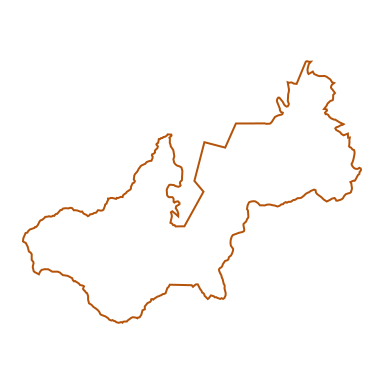 Vale do Anari, Rondônia, Brazil
{"feature_id": "56859067B14375252511303", "entity_name": "Vale do Anari", "entity_type": "district", "adm_level": 2, "iso_a3": "BRA", "parent_name": "Brazil", "parent_adm1": "Rondônia", "projection": "albers", "projection_center": [-61.937, -9.691], "detail": "fine", "context": "isolated", "style": "outline", "palette": "amber", "viewbox_px": 384, "rotation_deg": 0, "n_neighbors": 0, "source": "geoboundaries", "source_scale": "gbopen_adm2", "svg_char_len": 5999}
<svg xmlns="http://www.w3.org/2000/svg" viewBox="0 0 384 384"><path d="M326.7,201.5L330.4,199.7L331.7,198.7L334.6,198.0L335.5,199.1L336.3,200.7L337.5,200.7L341.2,199.5L342.2,198.9L343.1,198.0L344.1,196.1L345.8,194.2L348.4,193.3L349.6,193.1L350.9,192.2L352.0,188.7L351.3,183.6L350.4,182.1L353.4,180.7L354.7,180.8L355.6,179.5L357.9,175.1L359.4,173.9L359.6,171.9L360.5,171.0L361.0,169.9L360.7,168.5L359.3,167.8L358.3,168.6L357.2,168.9L355.6,168.8L354.1,168.1L352.6,166.5L351.7,164.8L351.7,163.5L352.4,162.6L353.5,159.1L354.6,153.5L354.5,151.7L354.1,150.1L352.5,149.5L350.9,147.5L349.8,147.2L349.1,146.4L349.5,142.0L349.3,140.8L349.8,137.5L348.1,137.7L347.9,133.6L343.6,135.3L341.6,134.1L340.0,132.1L336.1,129.9L335.3,128.3L336.4,127.2L338.0,126.8L340.9,125.2L342.7,124.8L343.6,124.2L339.5,122.3L335.2,119.6L334.0,119.6L331.0,118.3L329.2,116.6L328.2,114.9L326.7,114.1L325.6,114.2L325.0,112.7L327.0,110.6L326.7,109.4L324.0,109.0L326.5,105.9L327.6,103.5L330.4,100.9L332.7,100.2L333.1,98.6L333.2,94.9L335.0,93.0L332.4,89.5L331.5,88.6L331.0,87.6L331.1,86.4L332.0,84.6L334.1,83.0L332.0,82.2L330.4,79.5L326.7,76.8L324.6,76.0L319.3,76.1L317.9,75.7L314.1,74.0L312.8,71.6L308.6,74.0L307.8,72.6L307.5,69.9L307.8,67.8L308.8,64.1L310.9,61.7L309.2,61.8L306.9,61.2L305.8,61.7L296.6,83.9L293.5,83.5L292.3,82.7L291.2,82.4L289.1,82.8L287.7,82.3L289.0,89.6L288.8,91.7L288.2,94.2L287.8,101.0L288.8,103.6L288.7,104.8L287.8,106.3L286.6,106.6L285.4,105.9L284.1,104.5L282.8,101.9L279.4,97.7L278.3,97.6L277.3,98.9L276.9,100.6L277.1,101.8L279.8,108.5L280.0,110.4L281.1,112.1L282.8,112.7L282.4,114.1L281.5,114.6L278.2,115.4L274.9,117.0L271.9,121.8L270.4,123.4L269.4,123.7L266.5,123.8L264.6,123.4L235.9,123.5L225.2,147.6L204.4,142.2L194.4,180.9L203.5,191.7L184.4,226.3L175.5,226.4L174.6,225.1L173.1,225.1L172.1,223.6L170.4,222.8L171.9,216.4L171.7,214.7L170.9,212.3L172.3,211.3L175.9,214.2L178.2,216.3L178.3,213.6L177.3,210.6L175.7,208.2L176.2,206.2L178.6,204.9L179.5,204.1L179.5,202.9L177.9,201.3L175.6,201.8L174.4,202.6L173.6,201.8L173.6,199.1L173.2,198.0L172.2,197.1L169.0,197.2L167.8,196.3L167.1,195.1L166.7,190.0L167.5,187.8L169.2,185.0L170.3,184.7L174.0,185.1L175.3,186.0L178.3,186.8L179.9,186.2L180.6,185.4L179.9,183.2L180.3,181.7L181.9,180.3L182.4,171.0L181.4,167.4L179.4,166.3L177.1,165.6L175.5,164.4L174.2,162.7L173.4,159.3L174.3,156.4L173.6,151.7L173.2,150.0L170.8,146.4L170.4,144.4L169.8,142.8L169.9,138.9L169.4,137.8L171.5,135.7L171.3,134.6L167.6,134.4L166.9,135.5L165.3,136.7L163.4,137.0L162.5,138.0L161.0,138.1L160.1,139.0L158.8,139.1L158.4,141.9L157.8,143.2L156.7,143.7L156.4,144.6L157.9,146.4L157.3,148.3L155.9,149.5L154.9,150.7L155.0,152.5L153.8,153.6L152.1,154.4L151.9,155.6L152.7,156.6L152.5,158.2L151.4,160.8L149.9,160.9L147.0,161.9L146.0,162.7L145.4,163.7L141.7,165.4L140.5,166.2L139.7,167.7L138.9,168.4L137.4,171.4L135.1,174.0L134.3,175.5L133.8,179.5L134.9,181.1L134.3,182.5L132.6,183.3L130.9,187.0L131.0,188.3L130.5,189.4L126.9,191.8L125.8,193.3L124.5,194.0L123.0,195.4L122.6,197.1L120.7,196.9L117.9,198.1L116.7,197.9L116.1,198.9L112.1,197.9L110.7,198.0L109.5,198.5L108.0,198.6L108.1,199.8L107.7,200.9L106.9,202.1L106.7,203.5L105.2,204.5L104.9,206.1L103.4,209.8L102.2,210.5L100.6,210.6L98.0,210.2L96.2,212.6L93.8,213.1L92.9,213.8L91.6,214.2L90.1,214.3L89.2,215.5L87.9,216.2L86.5,214.9L84.1,213.9L83.2,213.1L82.1,211.5L80.8,211.8L77.4,210.5L75.1,210.2L73.9,210.3L72.0,208.1L70.2,207.8L68.5,208.4L65.6,208.2L62.9,208.6L61.7,210.0L60.4,210.1L57.2,213.8L56.1,213.9L54.9,214.9L54.2,215.9L53.0,215.7L51.7,216.5L50.0,216.6L49.0,216.2L48.0,216.6L45.2,216.9L44.4,218.0L42.0,219.9L40.5,220.4L39.6,221.4L37.8,225.1L36.2,226.9L35.1,227.0L34.5,227.9L29.9,229.5L28.1,231.2L27.4,232.6L25.6,233.0L23.3,238.3L23.0,241.4L24.4,242.3L25.7,242.8L27.7,246.7L28.9,251.5L30.6,252.6L31.7,254.2L31.7,259.9L33.2,261.7L33.6,263.1L32.7,266.9L33.7,271.2L34.6,272.0L38.9,274.3L40.0,271.8L41.6,269.9L44.6,269.2L48.3,269.3L52.3,271.7L57.8,271.7L59.8,272.5L62.8,275.1L67.6,275.8L72.2,278.2L72.9,280.2L74.1,281.4L75.0,281.0L78.9,283.5L80.0,285.0L82.8,285.6L84.0,286.3L83.0,288.9L84.0,290.3L85.0,291.1L86.0,292.6L87.1,293.2L88.1,296.1L88.1,299.6L89.0,303.3L91.5,304.8L93.4,306.9L96.5,309.0L98.2,310.5L99.4,312.1L100.4,314.3L101.7,315.0L105.6,316.5L108.2,318.3L108.9,319.3L109.9,320.0L111.5,320.5L112.5,320.1L113.9,320.9L115.3,321.3L116.4,322.2L117.7,322.6L118.7,322.8L121.1,322.1L122.5,322.7L123.1,321.8L124.4,321.5L126.8,321.5L127.5,320.6L131.3,317.8L132.9,317.2L135.9,317.6L137.5,318.3L138.2,317.5L139.6,317.3L141.3,314.8L142.5,310.3L144.8,309.3L144.8,306.4L147.6,303.0L150.0,302.0L151.1,300.6L151.2,299.3L152.2,299.0L153.4,299.6L154.2,298.7L157.5,296.6L159.2,296.1L160.4,295.4L161.4,295.2L162.5,294.2L164.3,293.9L165.6,293.2L167.3,288.1L168.4,287.2L169.8,284.7L191.7,285.2L193.0,286.8L194.9,285.1L196.2,284.3L197.8,284.4L200.2,289.2L201.4,290.6L202.1,292.5L203.3,293.1L204.2,294.2L204.6,295.8L207.8,299.0L208.8,298.2L210.9,295.4L213.7,296.2L214.8,297.3L216.2,297.2L217.4,297.9L220.3,298.9L221.6,298.2L223.1,298.9L224.4,298.0L225.6,295.4L225.7,293.1L224.5,288.4L224.7,286.2L224.4,284.8L223.7,283.8L222.6,279.0L222.0,278.0L221.2,275.0L220.2,273.3L219.3,271.2L219.0,270.0L219.2,268.9L220.3,267.8L221.4,267.3L222.3,265.9L222.9,264.1L225.0,261.0L227.2,260.3L228.4,259.4L228.9,257.2L231.1,255.4L232.3,252.9L233.1,250.3L233.1,248.8L230.9,245.8L230.5,243.2L230.7,240.0L231.7,236.7L232.8,235.1L239.3,232.7L242.1,232.1L243.9,231.2L244.3,229.7L243.4,225.0L243.6,223.9L246.1,221.5L247.1,219.1L248.2,217.6L248.4,216.4L247.9,210.4L247.0,209.2L247.6,205.3L249.1,202.3L250.5,201.7L253.1,201.2L255.4,201.4L258.1,203.2L259.9,205.3L264.9,205.4L267.1,204.6L269.8,204.5L272.1,205.1L274.6,205.5L277.5,206.5L279.5,205.8L281.5,204.3L283.1,204.2L283.7,203.3L285.7,202.1L286.9,202.7L288.5,201.8L290.8,201.8L293.2,200.1L295.4,199.7L297.5,198.2L300.0,198.1L301.5,197.6L303.8,195.8L305.6,194.0L307.6,192.7L308.8,192.4L310.9,190.9L314.1,189.6L315.6,190.2L315.9,192.5L317.4,194.3L321.4,197.2L323.7,199.5L326.7,201.5Z" fill="none" stroke="#b45309" stroke-width="2"/></svg>